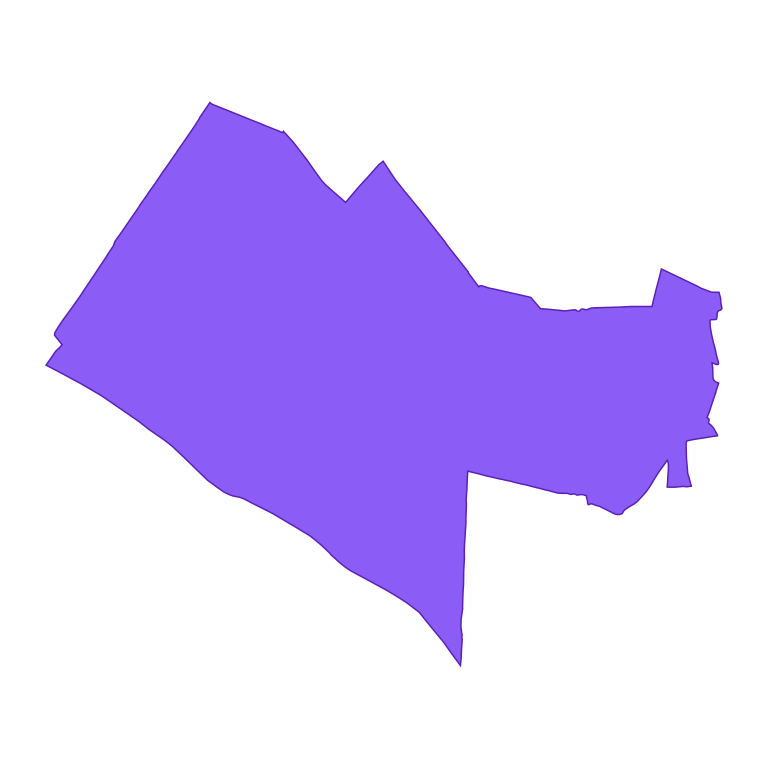 the district of Binh Tan, Vĩnh Long, Vietnam
{"feature_id": "81297802B74288530741739", "entity_name": "Binh Tan", "entity_type": "district", "adm_level": 2, "iso_a3": "VNM", "parent_name": "Vietnam", "parent_adm1": "Vĩnh Long", "projection": "albers", "projection_center": [105.803, 10.129], "detail": "fine", "context": "isolated", "style": "filled", "palette": "violet", "viewbox_px": 768, "rotation_deg": 0, "n_neighbors": 0, "source": "geoboundaries", "source_scale": "gbopen_adm2", "svg_char_len": 4396}
<svg xmlns="http://www.w3.org/2000/svg" viewBox="0 0 768 768"><path d="M691.3,486.2L688.8,476.8L687.7,473.5L687.4,469.2L686.5,458.6L686.2,449.3L686.1,444.4L686.2,442.3L686.8,441.1L688.1,440.6L693.4,439.5L705.0,437.7L713.0,436.4L717.5,435.8L717.5,435.1L713.5,428.0L711.6,425.8L710.5,424.6L708.8,423.6L708.6,422.8L709.0,420.7L709.1,419.6L708.6,418.6L707.0,417.6L709.1,412.4L709.7,410.7L711.0,406.7L713.1,400.3L715.6,393.0L716.2,390.5L718.7,383.1L717.4,382.7L715.3,381.6L713.8,380.0L713.1,378.5L712.9,377.1L712.9,374.4L712.7,367.4L712.0,363.2L712.0,362.7L714.1,363.6L716.4,364.5L717.6,364.5L718.3,364.3L718.5,363.9L718.4,362.2L716.2,354.4L715.6,350.6L713.2,341.6L712.2,337.3L711.2,332.5L710.6,328.8L710.2,326.3L710.0,321.5L710.2,320.4L710.5,319.9L710.9,319.7L711.3,319.6L713.1,319.7L715.4,319.5L716.3,319.4L716.6,319.0L716.7,318.4L717.1,315.7L717.2,313.4L717.4,312.4L717.8,311.6L718.2,311.2L718.7,310.8L720.6,310.0L721.3,309.5L721.8,308.8L721.9,308.1L720.9,303.2L720.6,298.4L719.0,292.3L711.5,292.2L700.8,288.1L697.8,286.4L661.4,269.0L660.1,274.4L655.9,290.3L653.4,300.4L652.0,306.5L631.0,306.5L619.4,307.1L601.6,307.6L594.2,307.8L591.0,308.1L588.7,308.9L586.5,309.8L585.4,309.7L584.2,309.3L582.6,309.0L581.8,309.0L580.8,309.6L579.8,310.6L579.0,311.3L577.6,311.3L576.9,310.8L575.8,309.9L574.0,309.8L564.9,310.9L546.9,309.1L540.6,308.7L535.2,302.6L530.8,297.4L505.3,291.6L494.7,289.2L489.2,288.1L481.6,285.7L479.8,285.8L478.7,286.8L474.9,281.7L468.4,273.0L468.4,272.1L448.0,246.3L444.3,241.0L428.8,221.3L427.6,219.7L419.4,209.3L407.8,195.2L404.4,191.1L394.9,179.1L383.1,161.2L382.2,162.0L378.6,164.9L367.0,178.0L358.6,187.1L345.6,202.4L330.1,188.9L328.8,187.7L325.5,184.8L321.6,180.5L314.4,170.6L307.5,160.6L302.0,153.5L293.2,142.1L283.4,131.3L282.8,132.7L212.0,104.2L209.9,102.5L200.0,117.1L198.9,119.3L194.6,126.0L192.4,129.3L185.6,139.2L183.9,141.7L177.7,150.5L176.0,153.2L170.1,161.7L165.2,168.6L164.1,170.2L163.0,171.7L157.7,179.6L155.7,182.7L150.2,190.3L148.6,192.5L147.1,195.0L142.6,201.3L140.8,203.7L138.7,207.2L133.3,215.1L128.9,221.4L126.5,225.0L124.3,228.2L118.7,236.2L118.4,236.6L115.0,241.3L113.3,246.0L108.3,253.5L103.8,260.6L98.9,267.8L94.2,275.0L89.4,282.1L83.8,290.5L79.8,296.6L73.5,305.4L72.3,307.2L62.6,320.5L58.7,326.2L54.8,332.8L54.5,335.2L58.5,340.2L62.1,344.7L59.7,347.4L58.1,348.9L56.1,350.8L54.7,352.6L46.1,365.2L55.4,370.0L80.4,383.4L101.3,395.6L138.8,421.4L141.7,423.7L149.9,430.1L162.4,438.7L164.7,440.3L171.7,445.8L183.5,456.9L205.8,478.6L207.5,480.2L217.0,487.2L224.2,492.2L227.6,493.8L229.2,494.6L233.2,496.0L237.7,496.9L239.7,497.3L243.8,498.8L251.4,502.8L260.6,507.4L272.1,513.2L289.3,523.4L292.9,525.5L310.1,535.9L320.6,544.5L329.5,552.9L331.2,555.0L339.5,562.5L345.2,567.1L351.2,571.1L372.9,582.8L387.0,590.5L395.8,595.8L404.6,601.3L406.0,602.2L408.9,604.4L419.1,612.2L428.7,624.1L443.2,641.7L444.7,643.7L452.0,654.1L460.4,665.5L461.1,658.7L461.7,646.2L462.2,639.9L461.9,636.7L462.1,634.8L461.5,631.9L460.9,626.1L461.2,618.7L462.6,609.0L462.6,605.5L463.0,592.5L463.5,585.3L463.7,571.1L464.0,565.3L464.4,558.9L464.3,550.3L464.5,545.1L465.4,530.5L465.8,525.4L466.1,511.9L466.4,505.5L466.2,499.2L466.7,491.6L466.9,489.2L467.2,481.1L467.6,474.0L467.7,471.1L473.4,472.6L474.6,472.8L479.3,474.0L486.4,475.9L487.5,476.2L491.1,476.9L499.4,478.9L501.9,479.3L505.1,480.1L512.0,481.5L512.9,481.9L517.8,483.1L524.3,484.6L526.2,484.9L528.7,485.6L532.0,486.5L536.5,487.6L539.4,488.3L543.8,489.5L549.3,490.8L552.2,491.6L555.2,492.4L557.4,493.0L559.2,493.2L561.7,493.3L563.8,493.3L565.9,493.3L567.2,493.4L568.0,493.5L568.9,493.8L570.1,494.3L570.7,494.4L571.7,494.3L573.4,493.9L574.1,493.9L574.5,493.9L575.1,494.2L576.6,494.9L577.0,495.1L577.5,495.1L578.4,494.9L579.8,494.7L581.0,494.6L581.8,494.6L582.5,494.7L583.2,494.7L583.7,494.8L584.2,495.1L585.2,495.4L586.1,495.6L586.5,495.8L586.5,497.6L587.3,499.9L587.5,501.7L587.7,503.8L588.2,504.5L588.8,504.7L590.8,503.8L592.0,503.9L594.4,504.8L596.9,505.7L599.2,506.1L601.5,507.3L611.1,512.1L615.1,514.1L617.2,514.5L619.5,514.5L621.5,513.9L622.5,513.2L623.0,512.2L623.9,510.7L625.2,509.5L628.8,507.0L633.4,504.4L636.8,502.0L643.1,495.2L645.8,492.2L648.3,488.8L651.4,484.0L655.2,477.7L660.0,470.2L662.2,467.3L666.4,461.5L667.2,460.4L668.1,462.3L668.3,463.8L668.4,466.7L668.4,469.4L667.8,477.1L667.6,481.3L667.2,487.1L670.1,487.2L674.7,487.2L683.4,486.4L686.4,486.8L691.3,486.2Z" fill="#8b5cf6" stroke="#5b21b6" stroke-width="1.5"/></svg>